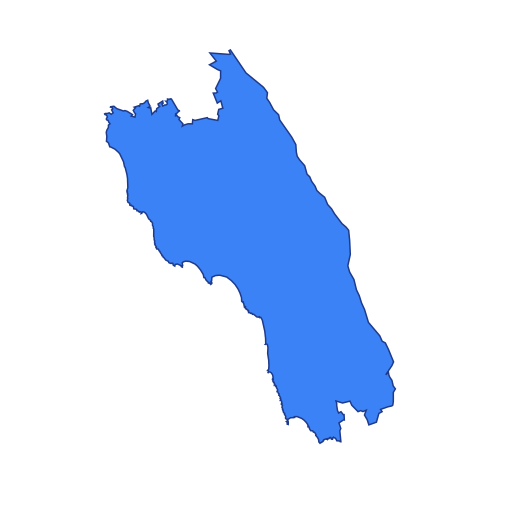 Eden, Western Cape, South Africa, rotated 66°
{"feature_id": "47623444B71894478343084", "entity_name": "Eden", "entity_type": "district", "adm_level": 2, "iso_a3": "ZAF", "parent_name": "South Africa", "parent_adm1": "Western Cape", "projection": "equal_earth", "projection_center": [22.286, -33.877], "detail": "fine", "context": "isolated", "style": "filled", "palette": "blue", "viewbox_px": 512, "rotation_deg": 66, "n_neighbors": 0, "source": "geoboundaries", "source_scale": "gbopen_adm2", "svg_char_len": 6060}
<svg xmlns="http://www.w3.org/2000/svg" viewBox="0 0 512 512"><g transform="rotate(66 256 256)"><path d="M341.9,178.7L334.2,177.8L327.8,178.0L317.3,176.1L308.8,177.0L302.3,176.1L292.9,169.2L279.8,164.1L270.2,160.9L266.2,162.0L261.4,164.3L249.4,167.1L243.6,167.8L238.1,169.6L230.3,169.4L224.6,172.3L220.8,173.8L216.4,173.6L210.5,174.8L205.5,174.7L202.0,176.1L193.3,174.8L185.8,177.1L181.7,177.8L177.5,176.9L170.4,174.3L162.0,175.0L141.4,179.0L136.2,177.9L129.6,180.5L121.3,181.1L116.3,182.0L111.5,179.1L105.0,180.5L84.7,190.7L57.3,195.6L57.5,197.2L61.1,197.1L60.7,198.9L51.8,215.5L61.8,213.0L62.4,220.7L69.9,215.4L72.5,213.0L79.3,216.1L86.6,224.8L90.6,224.5L90.9,226.0L89.8,228.8L100.6,229.2L99.9,225.0L107.5,226.2L106.9,230.4L110.9,233.4L112.8,232.9L116.6,235.8L111.0,243.9L109.8,244.2L107.3,256.6L105.7,258.3L109.4,260.4L107.6,264.3L107.1,268.2L107.4,270.5L105.5,269.0L100.0,270.9L98.6,269.4L96.9,270.8L95.3,271.1L95.2,272.5L94.4,272.2L93.8,271.1L93.4,271.2L93.5,270.5L92.5,268.0L92.4,267.0L92.1,266.9L90.8,268.0L78.2,269.4L78.1,270.1L77.5,270.4L77.6,271.5L76.6,273.0L78.2,273.7L78.3,274.5L77.9,275.4L79.7,274.7L81.0,275.1L81.4,276.8L80.9,278.1L81.1,280.1L78.9,280.1L78.6,279.8L78.7,278.8L76.5,278.2L77.3,283.7L78.6,283.8L80.2,283.2L81.0,286.8L83.4,288.3L82.5,289.1L84.3,293.5L77.8,291.9L77.9,292.4L76.5,294.1L76.2,292.1L75.7,291.8L72.3,292.1L69.7,291.6L69.7,293.5L70.7,295.5L70.9,297.2L70.0,299.9L71.9,301.5L71.0,302.2L70.5,306.7L71.6,306.0L73.0,308.9L75.8,308.7L77.1,308.2L79.9,310.1L77.4,313.1L76.6,311.3L71.5,314.8L69.8,316.6L69.6,318.1L64.8,323.2L61.4,324.9L60.5,328.1L60.8,328.4L62.2,326.9L62.7,326.8L63.5,327.4L63.8,328.5L67.1,328.2L67.7,330.6L65.5,331.9L65.4,333.6L64.5,335.7L64.6,336.5L65.3,336.5L66.0,335.6L67.8,335.1L68.7,335.3L69.5,336.7L70.3,337.1L71.0,337.0L72.0,335.9L73.7,336.1L75.9,335.6L76.4,337.6L78.5,338.5L80.4,341.1L82.1,342.5L86.2,343.7L90.5,346.0L91.8,345.1L93.0,344.8L96.8,345.2L97.4,344.3L101.0,341.4L105.5,339.4L107.3,338.9L116.0,338.7L121.0,339.8L121.8,339.5L128.8,340.7L132.8,341.8L141.5,345.3L143.9,347.4L144.1,347.2L144.9,347.7L145.4,347.4L145.9,348.0L147.2,347.9L147.3,348.3L148.6,348.5L150.7,349.8L151.3,349.7L152.8,350.9L154.9,351.1L156.6,349.9L158.2,350.6L158.7,350.3L159.0,349.1L159.6,349.2L160.9,347.9L163.2,348.5L164.5,346.5L165.2,346.1L166.2,346.4L166.7,345.5L168.4,344.8L168.6,344.4L168.3,344.0L169.0,343.2L169.8,343.0L170.5,343.7L170.6,343.0L169.7,342.1L169.6,341.2L170.8,340.0L173.3,339.1L178.4,338.9L180.7,337.8L181.5,338.1L182.3,337.4L183.9,337.2L186.0,338.1L187.5,337.9L188.8,338.6L189.7,338.4L196.5,341.5L197.6,341.5L200.0,342.5L200.7,342.3L202.9,343.4L203.9,343.2L204.4,343.8L206.7,343.4L207.4,343.9L207.7,343.5L208.7,343.9L209.4,343.7L209.6,342.8L210.2,342.4L211.9,342.4L212.7,341.9L213.4,342.1L216.9,341.5L217.4,341.8L218.4,341.1L219.2,341.3L220.0,340.8L223.0,340.1L225.1,338.3L226.7,338.3L228.3,336.7L228.3,335.8L228.7,335.0L230.8,335.3L232.2,334.3L230.8,333.2L231.4,331.0L234.3,328.4L235.0,328.6L235.5,327.9L235.8,328.2L236.2,327.8L235.1,327.3L234.8,326.8L232.2,326.2L231.8,324.6L232.1,322.3L234.1,318.8L238.5,315.0L241.5,313.6L246.3,312.3L251.6,311.7L254.5,312.4L255.2,311.4L257.3,311.5L260.3,310.5L260.9,309.9L261.4,310.3L261.7,309.6L262.3,309.5L262.5,308.7L263.5,308.8L263.2,307.6L262.2,307.4L261.8,306.6L261.9,307.7L261.4,307.3L261.6,306.8L260.9,307.4L260.4,306.5L257.4,304.9L257.4,300.9L258.8,296.9L263.3,291.3L268.5,288.5L273.5,286.7L278.8,285.8L283.4,285.7L288.2,286.2L291.5,287.5L292.1,287.3L292.3,286.6L292.9,286.3L293.3,286.8L294.3,286.5L297.1,287.2L297.6,286.6L298.1,287.1L298.3,286.4L299.2,287.0L300.3,286.3L300.5,286.6L302.5,285.2L302.9,285.6L303.4,285.2L304.7,285.8L305.3,284.7L306.2,284.3L306.5,283.2L307.8,283.0L308.3,281.8L311.9,280.1L312.9,278.6L312.8,277.7L313.9,277.6L314.0,276.6L317.0,276.3L328.4,278.6L335.3,280.8L340.3,282.9L340.5,283.4L340.7,283.1L340.5,282.4L341.4,281.6L344.5,282.3L349.8,285.0L356.4,286.8L361.7,288.9L364.5,290.4L365.3,291.9L365.6,291.4L366.6,291.6L367.8,292.9L367.2,291.5L367.7,290.3L369.1,289.5L371.5,289.2L374.5,289.9L374.8,290.1L374.7,290.5L375.7,290.4L375.8,291.3L376.7,291.1L377.5,291.5L377.7,291.1L378.6,290.9L378.7,291.3L380.3,291.0L381.4,291.7L381.4,291.1L382.6,290.7L382.9,291.0L383.2,290.4L384.4,290.9L387.0,290.6L388.3,291.8L388.4,291.4L390.6,291.4L391.3,291.0L392.4,291.8L392.7,291.4L395.8,291.3L396.0,291.9L397.0,291.6L397.8,292.5L398.0,292.0L399.1,291.7L400.4,292.1L401.4,293.0L401.7,292.5L402.2,293.0L403.2,292.6L404.9,293.9L406.0,293.7L406.9,294.2L407.7,293.9L407.8,294.2L409.3,294.2L409.5,294.5L410.5,294.4L411.4,293.8L412.3,294.4L414.4,294.0L416.1,295.0L416.9,294.9L417.6,294.1L419.2,294.3L419.8,294.9L419.7,295.5L420.2,295.3L420.2,294.8L422.3,295.9L423.0,295.1L421.0,294.1L418.3,293.6L417.8,290.3L419.0,287.3L418.6,287.2L418.6,286.4L419.0,286.1L418.6,285.7L419.4,283.8L423.0,280.3L425.4,278.9L428.1,277.9L430.4,277.4L432.2,277.4L432.4,277.7L432.7,277.4L433.3,277.9L433.8,277.1L435.7,277.4L437.8,277.1L438.8,275.3L440.2,275.2L440.4,274.6L441.4,274.1L443.8,273.9L444.2,274.4L446.9,273.6L449.1,273.5L451.5,274.2L453.1,273.7L452.8,272.9L453.0,272.5L452.6,270.9L452.8,270.7L452.2,269.4L451.8,269.5L451.4,268.9L451.5,266.9L451.9,266.4L451.7,266.0L452.2,265.7L452.1,265.4L452.7,265.3L452.1,264.2L452.5,263.9L452.5,263.5L451.8,262.3L452.1,261.7L453.7,261.7L454.3,261.3L454.4,260.9L454.0,260.7L454.3,260.5L453.4,259.9L453.1,258.9L453.6,258.9L454.2,257.9L456.1,257.3L457.6,257.4L459.1,254.7L459.9,254.6L460.2,254.0L449.7,250.5L448.1,248.7L442.2,248.1L441.3,242.5L441.7,242.0L436.8,240.1L436.7,240.7L432.8,241.7L433.0,244.4L430.3,244.4L425.1,243.0L423.8,242.3L421.0,241.9L425.5,236.7L426.8,229.2L431.3,229.2L439.7,226.1L439.8,223.3L441.6,221.6L441.7,218.0L445.4,221.6L450.9,221.0L456.2,221.6L456.8,213.6L449.8,207.8L449.5,204.1L446.8,204.6L447.4,197.0L448.2,192.9L447.9,191.7L444.7,189.7L436.4,186.0L434.1,182.7L430.5,183.5L424.8,182.4L421.0,183.1L418.5,183.0L416.1,182.3L417.3,185.8L411.4,176.4L408.7,173.4L395.7,173.0L388.0,173.2L385.2,175.4L379.2,175.4L362.4,180.3L349.0,178.6L341.9,178.7Z" fill="#3b82f6" stroke="#1e3a8a" stroke-width="1.5"/></g></svg>